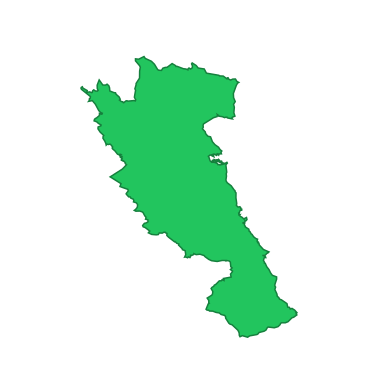 outline of Balta, Mehedinti, Romania, rotated 198°
{"feature_id": "2599482B81880640406541", "entity_name": "Balta", "entity_type": "district", "adm_level": 2, "iso_a3": "ROU", "parent_name": "Romania", "parent_adm1": "Mehedinti", "projection": "natural_earth1", "projection_center": [22.605, 44.92], "detail": "fine", "context": "isolated", "style": "filled", "palette": "green", "viewbox_px": 384, "rotation_deg": 198, "n_neighbors": 0, "source": "geoboundaries", "source_scale": "gbopen_adm2", "svg_char_len": 6086}
<svg xmlns="http://www.w3.org/2000/svg" viewBox="0 0 384 384"><g transform="rotate(198 192 192)"><path d="M277.7,304.6L279.5,306.0L283.8,301.8L286.9,301.2L286.3,299.3L280.7,295.8L279.7,294.6L279.2,290.9L277.1,284.1L278.7,278.0L278.3,276.5L278.2,272.5L277.1,271.3L276.1,264.3L274.0,262.3L274.1,261.1L275.3,261.1L281.0,258.6L282.1,258.7L283.1,258.1L284.5,255.8L285.1,255.8L285.7,256.4L287.2,256.2L289.4,257.0L288.9,258.0L290.7,259.9L294.4,261.5L295.4,262.7L296.9,262.4L301.4,262.7L302.6,265.6L304.0,267.4L306.1,268.3L307.3,266.9L309.9,266.2L314.9,269.9L315.2,264.3L314.1,261.2L312.7,259.6L313.2,258.7L315.1,258.2L317.0,258.8L317.7,257.7L317.7,255.8L318.2,255.5L320.2,255.6L322.6,254.4L323.0,254.5L323.0,256.1L327.8,257.1L328.8,258.2L329.6,257.3L329.7,256.5L328.9,255.5L318.1,251.4L317.8,249.7L318.4,249.0L318.0,247.2L318.3,246.3L315.0,248.1L311.0,245.6L305.7,240.5L303.4,239.4L301.6,239.2L301.6,238.4L302.3,237.9L304.3,238.1L303.7,236.2L305.7,232.9L306.6,232.1L307.2,231.0L307.1,229.4L304.3,229.3L302.2,228.3L299.2,227.7L299.1,226.8L301.4,224.8L300.9,223.0L297.9,220.6L293.4,218.5L293.7,217.4L293.3,215.6L290.6,213.4L288.9,211.5L288.1,210.1L287.6,211.2L286.0,211.4L284.9,212.2L283.8,211.9L281.4,210.3L281.5,209.1L280.7,208.4L278.0,207.3L274.6,205.0L272.9,204.8L272.1,205.7L271.2,205.7L272.0,204.7L271.9,204.2L271.7,203.9L269.8,204.3L269.3,203.9L270.5,202.8L268.8,202.2L269.2,200.6L268.9,200.3L268.3,200.6L267.1,200.1L266.8,200.5L264.4,199.2L264.3,198.4L262.7,197.7L265.3,192.3L274.5,181.1L262.1,178.0L262.2,174.9L253.8,174.7L253.0,173.3L254.1,170.1L253.8,169.6L250.7,167.8L249.2,168.2L248.2,167.2L245.8,167.1L244.7,166.0L244.6,164.5L241.5,164.5L239.8,163.1L239.3,160.5L240.3,157.9L241.2,156.7L239.5,156.4L235.9,157.7L233.3,157.7L232.3,157.4L229.4,154.6L228.4,154.2L227.7,153.0L227.8,151.8L225.4,151.9L224.6,150.1L225.9,148.5L227.6,147.5L228.6,144.9L227.7,143.8L225.5,143.7L220.1,141.8L220.9,139.7L217.2,139.2L212.8,140.2L210.9,141.1L210.5,142.9L207.6,143.7L206.2,145.1L204.9,145.4L204.7,145.0L203.0,144.9L202.5,142.9L200.4,141.8L193.1,139.2L192.6,139.6L190.6,138.5L188.4,138.5L188.3,137.3L183.7,135.0L183.3,134.2L180.4,134.1L178.6,130.5L178.9,127.8L178.2,128.2L175.8,128.1L175.4,129.2L173.7,129.0L173.4,130.3L173.8,131.4L172.6,131.7L171.1,133.0L171.2,134.0L168.7,133.7L165.2,135.3L160.9,135.3L159.6,134.5L155.3,133.1L152.2,132.7L146.6,133.7L142.2,136.2L139.0,137.2L138.4,136.9L138.2,137.5L135.3,137.9L133.9,137.2L132.0,132.9L130.4,132.2L131.5,130.1L129.0,129.3L129.1,128.2L130.0,125.8L128.5,123.2L135.5,119.4L135.3,118.8L133.8,118.8L134.8,118.3L134.4,117.7L136.3,117.8L136.6,116.7L138.6,115.9L140.8,111.5L142.0,110.3L142.2,109.0L143.5,107.5L144.0,106.1L141.4,103.7L141.0,101.2L141.3,100.0L144.8,95.8L142.5,94.0L141.8,91.7L141.3,91.5L142.0,90.6L142.4,84.8L141.2,84.3L139.8,84.7L138.5,84.2L135.5,85.1L132.0,84.9L128.6,85.4L126.5,84.5L122.9,84.7L121.6,83.9L121.0,82.4L116.4,78.6L115.1,78.1L112.8,78.1L105.6,74.7L103.7,72.7L102.6,70.1L101.6,69.2L99.8,70.9L94.2,71.1L92.7,73.0L86.2,76.5L85.4,77.4L84.8,79.1L80.5,81.8L79.0,83.5L78.5,86.1L77.9,87.1L71.8,88.3L68.6,90.5L67.3,92.9L67.1,94.3L66.6,95.2L62.9,96.4L60.6,98.3L58.1,103.2L56.6,104.3L54.3,107.5L55.3,108.2L55.0,108.8L55.9,109.6L55.3,109.9L57.9,111.4L60.9,112.2L62.4,111.1L63.7,112.4L65.4,112.1L67.2,115.2L73.7,117.1L75.7,117.2L76.8,118.4L78.7,119.2L79.7,121.2L83.1,124.9L83.1,127.4L84.1,128.1L84.6,129.8L84.6,135.3L85.3,137.4L89.8,137.6L92.1,139.2L94.8,142.0L97.9,144.1L100.2,146.7L101.2,146.8L101.2,147.4L102.9,149.0L103.0,151.6L102.8,152.1L101.6,152.4L102.0,153.0L102.9,153.5L105.5,153.5L103.6,153.9L102.8,154.6L101.8,156.8L101.1,157.4L101.4,158.0L101.1,158.5L100.6,158.2L100.3,158.8L106.3,159.4L111.6,162.4L112.6,164.1L113.6,164.1L113.6,164.9L114.4,164.8L114.9,165.4L115.1,167.4L117.0,167.5L119.6,168.5L121.9,170.3L122.7,170.4L124.7,172.3L125.5,172.4L126.5,174.2L130.6,175.3L130.7,175.8L131.8,176.7L132.5,177.9L133.0,178.3L133.7,178.1L133.9,178.6L133.0,179.1L132.3,178.9L132.7,180.9L132.3,180.8L131.6,181.6L131.2,182.8L132.3,184.6L133.8,183.1L134.0,182.2L136.8,183.5L138.4,183.7L139.6,184.6L139.4,185.2L140.3,184.7L141.1,186.4L140.5,186.6L140.7,188.4L140.3,189.4L139.1,190.1L139.4,191.1L140.6,191.2L140.7,192.0L141.9,192.8L143.5,191.9L145.6,192.9L145.9,194.9L148.4,200.0L149.9,204.8L151.0,205.5L151.6,206.6L152.6,207.0L156.6,210.0L161.4,211.7L163.0,213.1L163.5,214.2L164.1,217.7L165.1,219.9L165.1,221.6L168.0,227.9L168.1,228.6L167.3,230.4L168.0,231.0L170.2,228.5L173.9,226.3L174.6,226.5L175.8,226.0L176.4,226.7L178.2,227.1L180.0,227.1L182.4,226.3L183.0,226.9L180.3,228.7L177.5,228.5L177.4,229.0L176.6,229.2L173.0,228.5L170.5,228.7L170.6,229.3L173.5,229.1L173.8,229.2L173.1,230.2L173.4,230.5L174.2,229.8L176.9,231.3L177.2,230.7L176.9,230.4L177.3,230.2L178.1,230.5L179.5,229.6L181.1,229.7L181.0,229.1L182.2,228.5L182.1,227.7L183.6,226.8L184.5,227.3L187.0,230.8L188.0,230.9L187.2,231.2L186.5,232.5L185.1,233.3L184.6,233.0L184.9,232.7L182.2,232.3L183.2,233.5L183.1,234.2L183.7,234.3L182.9,234.9L182.1,233.9L182.3,234.2L181.7,234.9L180.1,234.3L179.6,235.0L180.3,235.5L179.7,236.2L178.0,235.3L178.0,235.9L178.5,236.4L175.8,237.4L176.7,238.6L176.3,240.2L178.4,241.0L180.6,242.8L184.8,244.1L188.1,246.1L191.4,250.2L194.3,250.0L197.1,251.8L198.0,253.3L201.6,255.3L201.3,257.2L202.0,258.5L202.1,260.3L194.5,269.3L191.4,271.5L191.6,272.4L191.2,272.8L191.7,273.4L190.3,273.0L190.0,272.4L186.4,273.0L184.0,272.8L182.8,273.7L181.6,273.9L181.3,273.4L176.6,273.9L176.2,274.0L176.9,274.4L176.8,275.5L174.6,277.4L176.7,280.3L177.9,285.6L179.6,288.3L178.8,291.3L181.6,294.6L183.1,298.5L182.8,307.3L182.3,309.6L181.4,310.7L183.4,311.0L185.6,312.9L188.1,312.0L189.9,310.4L192.0,310.7L193.0,311.8L193.6,311.5L193.7,310.4L198.1,311.9L201.8,310.9L202.5,311.3L215.0,309.5L218.4,312.8L224.4,311.8L227.1,313.6L231.7,314.8L232.0,313.7L230.6,312.1L230.1,310.3L231.3,308.5L232.8,309.0L233.5,308.7L233.9,307.6L233.7,306.9L235.8,307.1L238.3,306.6L245.4,306.9L246.0,306.4L247.0,307.2L250.6,308.0L254.2,302.9L256.0,302.2L258.0,300.7L258.6,298.2L261.4,297.5L262.6,297.9L267.2,301.9L271.0,303.8L277.7,304.6Z" fill="#22c55e" stroke="#15803d" stroke-width="1.5"/></g></svg>